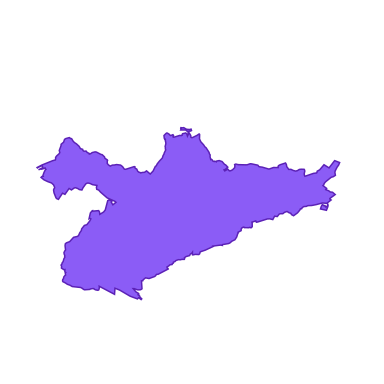 Jibou, Salaj, Romania, rotated 163°
{"feature_id": "2599482B62846653397775", "entity_name": "Jibou", "entity_type": "district", "adm_level": 2, "iso_a3": "ROU", "parent_name": "Romania", "parent_adm1": "Salaj", "projection": "equal_earth", "projection_center": [23.24, 47.26], "detail": "fine", "context": "isolated", "style": "filled", "palette": "violet", "viewbox_px": 384, "rotation_deg": 163, "n_neighbors": 0, "source": "geoboundaries", "source_scale": "gbopen_adm2", "svg_char_len": 6081}
<svg xmlns="http://www.w3.org/2000/svg" viewBox="0 0 384 384"><g transform="rotate(163 192 192)"><path d="M298.5,279.6L300.2,277.2L303.2,275.9L303.7,274.6L306.8,270.5L306.9,268.3L308.0,267.4L311.0,266.0L312.3,265.0L312.8,263.4L313.3,262.6L316.1,262.7L327.6,261.7L333.0,260.7L332.8,260.2L331.5,260.6L327.6,261.1L327.5,258.9L332.3,258.1L330.2,258.3L329.6,257.9L327.9,257.7L325.5,258.0L325.1,256.4L325.6,256.3L327.7,254.1L329.8,251.3L329.7,250.5L331.0,250.7L332.1,250.1L330.0,246.9L326.8,244.0L323.7,241.7L322.3,239.3L322.0,236.6L322.4,235.8L323.2,235.3L323.8,234.4L324.2,231.5L323.8,226.5L323.5,225.4L321.9,224.0L316.2,228.7L314.2,226.9L308.5,231.3L306.7,229.2L303.3,230.3L302.0,230.1L299.9,228.4L299.1,227.3L296.7,226.1L295.0,227.9L291.2,230.8L290.0,231.1L288.8,231.0L286.9,229.9L285.0,228.1L281.0,226.1L282.1,224.3L282.3,222.4L280.7,221.2L279.5,218.6L274.9,211.2L268.5,205.7L267.7,204.4L271.4,202.9L272.2,205.7L271.5,206.2L271.7,206.9L273.4,208.6L275.1,208.4L280.2,200.2L282.4,198.7L286.7,197.6L286.3,199.9L286.7,201.5L292.6,202.7L292.5,203.2L293.2,203.1L295.3,201.7L298.1,196.8L297.6,197.0L296.6,195.9L298.1,194.3L302.1,191.5L304.7,191.5L307.6,189.5L308.4,188.9L309.0,187.6L311.3,185.8L312.9,183.9L314.3,183.0L318.5,183.3L323.5,180.3L326.9,180.1L328.3,179.5L329.1,177.7L329.9,173.5L331.1,172.7L332.2,171.4L332.4,169.8L332.2,168.6L332.6,167.8L332.6,166.9L334.1,165.5L335.6,163.1L336.7,162.4L337.7,160.9L338.6,160.4L338.4,159.1L339.1,157.4L337.2,155.1L336.2,155.0L336.8,153.4L336.8,152.4L336.3,152.0L336.9,151.5L337.2,149.5L338.1,149.2L339.5,148.2L340.2,146.8L341.2,146.1L341.8,144.8L341.7,144.0L339.7,142.1L338.2,140.2L335.9,138.5L334.2,136.6L326.3,133.2L324.9,131.7L324.4,130.8L323.4,129.9L318.2,128.7L317.6,129.0L314.8,128.6L314.1,128.3L314.0,127.7L312.8,126.6L310.7,125.5L309.7,125.7L308.6,127.5L308.3,129.0L296.0,116.8L293.8,122.5L289.9,119.4L281.6,110.4L275.4,105.7L273.9,106.6L272.1,104.0L271.3,104.5L272.6,107.0L272.4,107.6L272.8,108.5L273.6,109.2L273.6,109.7L272.7,110.0L272.8,110.7L274.7,112.7L276.5,116.8L275.5,116.5L272.9,114.5L271.6,114.0L269.9,113.6L268.6,113.8L268.1,114.1L266.3,121.8L265.0,121.5L264.4,122.3L261.5,123.5L258.4,121.8L252.4,122.1L251.2,122.6L250.8,123.1L249.7,123.6L248.6,123.2L237.3,125.3L237.3,125.9L238.0,126.6L237.8,127.7L235.8,128.1L234.7,128.8L232.2,128.5L231.9,129.1L230.6,129.5L230.3,130.3L228.5,130.5L227.7,131.1L224.9,131.3L223.0,130.6L221.2,130.5L219.1,129.8L218.5,130.4L218.5,131.3L216.6,132.0L212.9,131.9L211.7,133.2L210.2,133.4L209.2,134.2L209.9,131.8L209.7,131.6L207.1,131.4L203.8,130.2L202.7,130.7L201.9,132.1L200.9,132.4L196.4,132.5L187.2,133.8L187.4,134.1L180.3,132.9L178.7,132.1L178.7,132.5L178.3,132.8L172.1,132.0L170.6,132.2L168.2,133.3L164.9,133.8L162.4,135.9L160.5,138.7L159.8,139.3L159.8,140.0L156.3,140.7L155.8,142.2L154.7,143.1L153.2,143.4L152.4,143.0L152.3,142.6L148.0,141.2L147.0,141.3L146.1,140.5L145.3,140.7L144.5,141.3L143.5,144.8L143.5,145.6L139.5,145.7L139.3,144.3L137.9,144.1L127.8,144.2L125.5,143.6L122.8,142.0L120.1,144.7L117.6,143.6L115.0,145.4L113.9,145.4L111.5,144.7L109.5,145.5L106.8,145.6L105.3,143.8L103.7,142.7L103.5,141.3L101.8,139.6L97.2,141.2L94.0,143.3L93.4,144.1L92.9,144.2L92.1,143.9L91.3,144.7L89.5,145.4L86.8,144.8L85.3,145.1L81.5,144.1L76.7,143.6L70.6,143.4L66.0,141.6L65.9,139.7L67.1,138.9L67.0,138.5L68.5,138.6L68.7,139.0L68.6,139.4L69.0,139.8L68.9,140.1L69.8,140.3L69.8,140.7L71.1,141.8L72.6,140.4L74.1,138.2L68.8,135.2L66.4,138.2L65.7,139.7L65.8,142.0L61.3,143.7L62.3,145.1L62.1,145.5L55.8,147.7L57.7,150.7L59.8,151.6L60.8,153.1L63.4,155.2L62.2,156.1L64.9,159.8L63.7,160.5L63.5,161.1L62.1,162.2L61.0,162.8L54.5,165.4L52.6,165.3L50.0,166.0L49.6,169.1L48.8,170.4L46.0,173.3L43.9,174.9L42.2,177.0L46.4,180.3L53.9,175.0L57.8,179.5L63.4,175.9L66.2,175.3L66.9,174.0L67.3,173.8L70.4,174.3L79.4,174.0L79.6,175.5L79.2,177.0L78.1,178.8L77.9,180.0L78.1,180.9L81.0,181.9L82.8,182.2L85.0,181.6L86.8,181.7L89.0,183.1L90.7,184.7L93.0,185.4L93.4,187.1L94.0,188.5L93.7,190.8L94.1,192.4L99.8,192.3L101.6,191.9L102.3,191.0L102.5,190.2L106.9,191.6L111.7,191.4L117.5,195.2L119.9,196.3L120.6,196.8L121.2,198.4L126.6,201.4L128.1,202.0L131.3,201.9L132.8,202.3L139.9,204.7L141.9,205.9L143.2,205.8L143.3,204.5L144.1,202.8L146.7,201.4L148.8,201.0L150.1,201.3L151.1,203.4L154.5,202.6L154.9,203.8L153.6,203.9L150.5,205.3L151.9,208.1L152.8,208.9L154.3,212.3L156.8,214.1L159.3,214.4L159.9,213.9L160.0,214.2L161.2,214.5L161.3,214.8L162.0,214.7L163.1,215.7L163.4,217.0L164.3,218.1L164.6,217.9L164.4,220.5L163.8,222.2L164.2,223.4L164.1,224.9L165.6,230.2L166.5,231.5L167.1,233.7L168.9,237.5L169.3,240.6L167.9,244.7L168.0,245.3L168.4,245.4L170.6,244.7L175.7,243.9L176.6,244.2L177.0,244.6L176.7,246.5L177.7,250.3L177.0,251.0L175.6,250.7L174.5,250.9L174.5,252.4L176.1,252.5L178.4,253.4L179.2,253.9L181.1,256.0L181.9,256.0L183.8,256.8L184.2,256.1L183.9,255.6L184.7,254.6L179.8,253.1L179.2,251.9L178.2,251.2L178.6,248.3L180.0,246.8L180.0,249.0L180.7,250.3L184.0,250.5L184.7,249.8L184.8,249.2L185.1,249.1L185.9,249.1L187.1,249.7L193.4,249.7L194.0,250.1L194.0,250.4L193.1,251.5L193.5,252.4L195.8,252.2L196.3,252.6L196.9,253.9L198.3,255.5L198.9,255.8L199.9,255.5L202.3,254.2L202.8,251.6L202.7,250.5L202.3,250.6L202.1,249.8L202.6,248.6L202.5,247.8L202.9,245.8L204.4,243.4L204.5,242.1L204.9,241.0L204.8,240.1L205.3,239.4L207.1,237.5L207.7,236.5L209.1,235.2L210.4,233.2L214.1,231.1L217.0,229.1L218.5,227.5L219.6,227.2L223.1,223.4L226.7,221.4L229.3,225.5L231.7,224.7L233.6,225.2L235.6,225.3L236.2,226.1L237.0,226.4L237.9,227.8L238.1,230.0L239.3,231.3L239.5,232.1L239.2,232.7L239.8,233.2L248.8,233.1L250.0,233.6L251.0,236.6L252.4,238.6L256.1,240.3L258.3,240.5L260.3,241.0L262.6,240.7L263.9,242.2L264.7,244.1L263.9,246.6L263.5,246.9L263.6,247.5L265.4,249.7L265.4,251.2L267.0,254.0L268.0,254.5L271.7,258.1L272.9,258.7L275.9,258.9L277.7,258.3L279.1,258.3L279.0,258.9L280.6,260.4L281.4,262.2L282.5,262.3L283.6,262.8L284.1,263.5L284.1,264.8L286.0,266.1L286.6,268.7L288.4,271.8L290.0,273.7L290.9,275.6L291.5,278.1L292.3,278.5L292.3,278.8L292.9,279.1L293.4,279.9L297.0,280.0L298.5,279.6Z" fill="#8b5cf6" stroke="#5b21b6" stroke-width="1.5"/></g></svg>